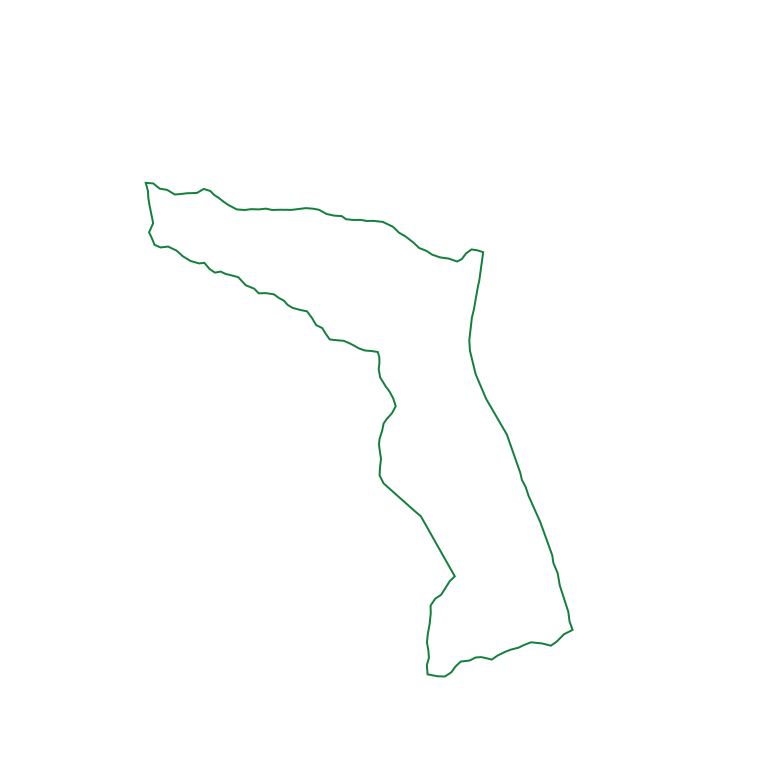 outline of Rubinéia, São Paulo, Brazil, rotated 138°
{"feature_id": "56859067B49644953402614", "entity_name": "Rubinéia", "entity_type": "district", "adm_level": 2, "iso_a3": "BRA", "parent_name": "Brazil", "parent_adm1": "São Paulo", "projection": "orthographic", "projection_center": [-51.01, -20.263], "detail": "fine", "context": "isolated", "style": "outline", "palette": "green", "viewbox_px": 768, "rotation_deg": 138, "n_neighbors": 0, "source": "geoboundaries", "source_scale": "gbopen_adm2", "svg_char_len": 2220}
<svg xmlns="http://www.w3.org/2000/svg" viewBox="0 0 768 768"><g transform="rotate(138 384 384)"><path d="M461.4,640.9L458.7,635.0L452.5,630.6L448.9,621.9L448.0,613.3L445.4,604.8L440.8,597.4L436.4,594.2L436.7,586.3L435.1,579.9L430.2,576.9L428.1,571.9L425.0,567.3L420.8,560.9L420.7,550.0L416.7,541.7L416.4,535.2L411.2,530.8L405.8,524.3L404.5,518.1L402.6,512.9L402.7,507.5L401.0,501.7L396.9,495.4L392.6,489.5L393.4,480.9L395.0,473.1L392.5,467.0L393.7,460.2L394.5,453.5L390.9,449.3L385.0,443.0L382.5,437.6L380.6,432.7L378.8,427.2L375.8,421.7L370.9,416.5L367.2,411.9L369.6,407.0L373.4,402.6L378.0,398.6L382.5,391.4L384.4,380.7L384.9,374.8L386.8,367.1L390.2,359.6L397.5,357.0L405.6,356.1L410.7,354.9L416.5,350.6L424.0,346.2L428.1,342.5L431.9,337.1L436.3,330.4L442.0,325.4L448.4,319.1L450.8,310.4L446.2,268.9L445.1,261.1L460.1,193.7L467.1,193.5L475.1,191.2L482.7,189.1L489.4,190.2L497.6,188.2L502.8,182.2L510.8,175.0L518.4,169.2L525.0,163.2L529.6,155.9L533.9,150.4L540.2,146.5L545.9,139.1L539.9,131.1L534.5,125.9L526.9,124.7L520.1,126.2L512.7,126.4L505.4,121.2L499.0,119.5L494.5,116.0L491.4,111.7L488.3,107.1L481.3,106.2L473.2,103.9L467.2,101.6L460.6,98.1L454.5,96.3L447.6,93.7L440.1,85.4L435.1,77.9L428.2,77.0L417.6,77.6L408.4,75.1L405.0,83.4L399.4,91.5L388.2,116.6L381.5,127.3L377.9,137.6L373.6,144.1L360.3,176.7L351.4,204.2L347.6,212.8L345.7,220.4L342.1,226.9L326.5,264.3L318.1,304.4L309.4,329.8L298.0,351.0L291.5,359.3L274.4,374.4L267.4,379.2L248.7,393.8L244.4,396.8L236.3,403.6L222.1,415.6L225.2,420.9L228.9,425.4L235.6,426.1L242.7,424.8L247.7,426.1L251.9,433.8L257.7,440.7L261.7,448.0L263.3,454.4L266.9,461.6L267.4,468.7L269.3,479.4L271.6,486.4L272.1,494.7L276.4,505.2L282.6,512.2L288.0,517.0L291.2,521.3L297.0,526.4L301.9,531.8L303.1,537.1L308.4,542.5L313.0,548.9L315.7,556.9L319.2,561.5L324.4,567.0L329.4,570.5L336.0,575.1L344.6,583.0L350.6,588.1L354.4,593.3L360.3,597.6L365.7,602.8L371.2,606.6L376.6,612.3L379.7,620.7L381.2,626.5L382.3,632.8L383.7,638.0L383.9,643.6L387.5,649.6L395.1,651.1L403.2,657.9L408.0,661.2L412.7,664.9L415.3,673.4L420.0,679.3L421.3,687.5L426.5,692.9L430.2,685.5L434.5,680.2L438.3,674.3L448.0,657.9L457.1,653.9L459.0,647.6L461.4,640.9Z" fill="none" stroke="#15803d" stroke-width="2"/></g></svg>